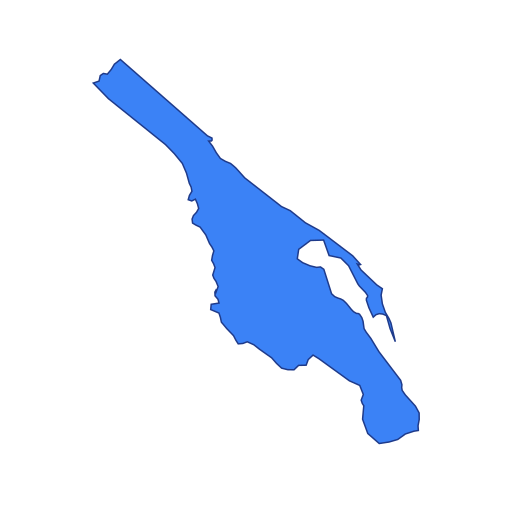 SVG path tracing the border of Puttalama, rotated 138°
{"feature_id": "LKA-2462", "entity_name": "Puttalama", "entity_type": "District", "adm_level": 1, "iso_a3": "LKA", "parent_name": "Sri Lanka", "parent_adm1": "", "projection": "natural_earth1", "projection_center": [79.891, 7.922], "detail": "fine", "context": "isolated", "style": "filled", "palette": "blue", "viewbox_px": 512, "rotation_deg": 138, "n_neighbors": 0, "source": "natural_earth", "source_scale": "10m", "svg_char_len": 2319}
<svg xmlns="http://www.w3.org/2000/svg" viewBox="0 0 512 512"><g transform="rotate(138 256 256)"><path d="M225.3,492.8L211.7,377.8L209.8,373.1L211.1,371.5L212.1,371.3L214.3,373.1L214.8,366.7L216.4,359.4L216.8,355.9L217.2,352.3L215.4,346.8L213.0,341.8L212.5,338.4L212.1,335.0L212.1,321.5L204.8,280.4L204.0,275.7L200.2,266.7L197.1,247.7L191.9,232.7L184.0,191.4L184.0,179.7L185.2,180.3L185.3,180.4L185.4,180.5L185.4,180.9L186.1,182.2L187.3,175.4L185.6,153.7L184.0,147.1L189.2,143.2L194.1,135.9L197.6,127.6L199.0,120.6L200.5,116.0L209.8,99.1L209.7,99.4L205.0,112.2L199.0,124.4L200.3,127.3L200.7,128.1L203.0,130.7L206.1,132.1L209.8,132.1L206.7,142.1L203.5,149.4L202.2,150.7L200.7,150.8L199.5,151.9L199.0,155.8L199.3,164.4L199.0,167.1L193.7,186.8L193.9,190.4L194.3,197.7L199.8,205.3L201.4,207.4L195.1,222.6L205.1,231.1L219.8,232.4L227.2,226.3L225.8,219.8L223.4,214.7L222.5,212.7L221.4,211.1L218.6,207.0L215.4,204.7L214.5,200.7L225.1,177.4L224.7,173.1L223.3,170.0L221.8,167.4L220.8,164.6L220.5,160.2L220.9,152.6L220.8,149.5L220.8,149.4L220.6,148.8L219.8,146.2L219.3,145.6L218.6,145.0L218.0,143.5L218.6,139.4L220.1,135.9L224.3,129.7L225.1,125.6L225.8,117.9L228.7,102.6L231.7,66.8L233.7,62.7L235.8,60.7L237.3,58.3L238.0,52.9L238.0,37.7L239.8,30.2L244.1,25.3L249.2,21.4L252.1,17.7L255.8,20.1L264.1,23.8L273.4,24.8L281.5,28.7L289.9,34.2L291.7,49.3L286.0,63.4L276.1,72.6L275.7,75.2L274.3,78.5L268.9,81.3L265.5,90.4L270.1,100.7L278.0,137.7L279.9,144.2L286.5,144.1L291.8,141.3L297.5,146.2L303.9,146.0L308.5,150.3L312.0,155.5L312.6,162.5L312.5,169.9L315.8,184.4L317.0,191.5L319.9,198.1L324.3,199.8L328.0,202.6L327.3,206.9L326.0,211.8L326.3,221.6L326.0,230.0L323.6,234.1L321.7,238.4L325.5,246.5L321.6,250.1L315.0,245.8L313.2,249.3L313.1,253.8L310.7,256.7L308.7,257.4L308.9,256.8L309.3,256.2L304.6,258.6L302.7,263.8L302.2,267.5L300.9,270.8L294.2,274.8L292.7,278.6L291.8,282.5L288.0,285.5L283.9,288.0L282.8,292.0L282.2,296.3L279.2,305.2L278.2,314.9L279.9,319.0L281.1,322.9L278.8,326.2L275.4,327.9L270.9,328.3L266.8,329.7L264.6,334.0L263.0,338.8L266.9,339.9L268.7,343.2L264.9,345.6L260.3,347.0L258.1,350.6L256.9,354.7L252.2,364.1L248.8,374.1L248.2,386.7L248.7,399.4L260.4,471.6L261.2,493.4L255.6,491.0L251.0,494.3L247.3,493.8L244.8,490.6L238.7,491.5L232.9,493.3L225.3,492.8Z" fill="#3b82f6" stroke="#1e3a8a" stroke-width="1.5"/></g></svg>